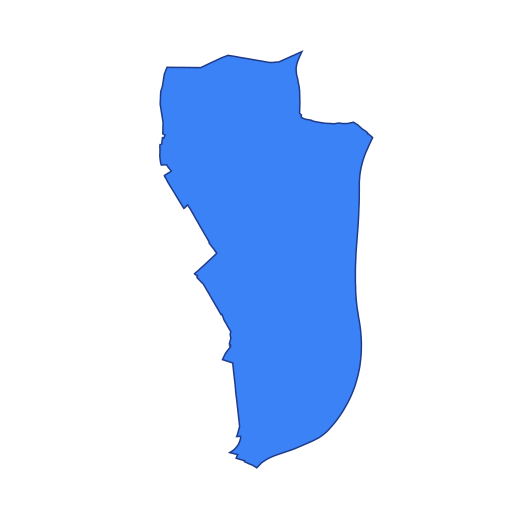 the district of Heumen, Gelderland, Netherlands, rotated 279°
{"feature_id": "6326949B5926695823703", "entity_name": "Heumen", "entity_type": "district", "adm_level": 2, "iso_a3": "NLD", "parent_name": "Netherlands", "parent_adm1": "Gelderland", "projection": "orthographic", "projection_center": [5.824, 51.781], "detail": "fine", "context": "isolated", "style": "filled", "palette": "blue", "viewbox_px": 512, "rotation_deg": 279, "n_neighbors": 0, "source": "geoboundaries", "source_scale": "gbopen_adm2", "svg_char_len": 5848}
<svg xmlns="http://www.w3.org/2000/svg" viewBox="0 0 512 512"><g transform="rotate(279 256 256)"><path d="M46.9,289.9L52.7,293.9L56.7,298.2L59.4,301.9L61.7,305.6L63.7,309.3L67.8,317.1L69.4,320.2L71.6,324.2L82.0,340.6L84.2,343.6L86.4,346.6L89.4,349.7L93.1,353.0L96.8,355.6L100.5,357.9L104.1,360.1L107.8,362.1L111.5,363.9L115.2,365.6L118.9,367.1L122.6,368.5L126.3,369.8L130.0,371.0L133.7,372.0L137.4,372.9L141.1,373.7L144.8,374.3L148.5,374.8L152.2,375.2L155.9,375.5L159.6,375.7L163.3,375.8L167.0,375.7L170.7,375.5L174.4,375.3L178.1,374.9L181.8,374.4L185.5,373.9L189.2,373.2L192.9,372.4L196.6,371.5L200.4,370.5L204.1,369.4L207.8,368.2L211.5,366.9L215.2,365.8L218.9,364.5L222.6,363.4L226.3,362.4L230.0,361.5L233.7,360.6L237.4,359.8L241.2,359.2L244.9,358.4L252.3,357.2L256.0,356.6L259.7,356.1L263.4,355.6L267.1,355.2L274.5,354.3L289.3,353.1L293.0,352.8L300.4,352.2L307.8,351.5L311.6,351.1L319.0,350.2L322.7,349.8L330.1,348.8L333.8,348.2L334.8,348.1L337.5,347.7L341.2,347.1L344.9,346.5L348.6,346.2L352.3,345.9L356.0,345.9L359.7,346.0L363.4,346.3L367.1,346.7L370.8,347.3L374.5,348.0L378.2,349.0L381.9,350.0L389.3,352.1L391.2,352.7L394.4,347.6L394.1,347.4L394.1,347.2L394.7,346.9L395.0,346.8L395.3,346.7L395.5,346.4L395.7,346.0L396.3,345.0L396.8,344.1L397.1,343.4L397.4,342.7L397.6,342.2L397.8,341.6L398.2,341.0L398.5,340.5L399.2,339.3L399.9,338.3L400.5,337.3L400.8,336.9L401.0,336.7L401.2,336.4L401.4,336.1L401.6,335.7L401.8,335.1L403.2,331.8L403.4,331.3L402.7,329.6L402.1,328.1L401.7,327.2L401.1,325.2L400.7,323.1L400.6,322.4L400.5,322.1L400.5,321.6L400.3,320.7L400.4,319.1L400.4,318.0L400.3,317.4L400.1,316.1L399.8,315.4L399.6,314.7L399.1,313.5L399.0,313.0L398.7,312.1L398.7,311.0L398.5,308.5L398.1,305.3L397.9,303.1L397.9,302.4L397.9,297.4L398.0,293.3L398.4,289.2L398.6,290.0L398.7,289.8L398.7,289.1L398.8,288.2L398.8,287.3L398.8,285.6L398.8,283.6L399.9,279.0L402.4,278.8L403.1,277.6L403.9,276.7L406.2,276.4L414.1,275.4L415.3,275.2L426.5,273.1L427.3,272.8L429.6,272.3L434.2,270.5L437.4,269.5L440.1,268.2L441.5,267.8L441.9,267.6L442.1,267.6L442.4,267.5L443.1,267.2L443.7,267.1L444.5,266.9L445.4,266.7L446.4,266.5L446.6,266.5L447.1,266.3L448.3,266.3L449.6,266.2L451.6,266.3L452.2,266.3L452.8,266.4L454.2,266.6L455.1,266.8L456.1,267.0L456.7,267.1L457.4,267.3L459.7,267.8L460.6,268.1L461.2,268.3L462.3,268.6L463.4,268.9L465.1,269.4L463.6,267.1L463.3,266.6L462.7,265.8L462.0,264.7L461.5,263.9L460.2,262.0L459.1,260.2L457.9,258.4L457.2,257.4L457.0,257.0L456.3,256.0L455.6,254.9L455.2,254.3L455.0,254.0L454.5,253.2L453.5,251.7L452.8,250.6L452.6,250.3L451.5,248.6L451.2,248.2L450.8,246.4L450.6,245.3L450.3,244.3L449.8,242.3L449.6,241.3L449.5,240.9L449.4,239.9L449.3,239.6L449.3,239.3L449.3,238.9L449.2,237.5L449.3,236.7L449.4,229.3L449.4,228.1L449.6,216.5L449.6,213.5L449.6,210.8L449.8,203.5L449.8,197.0L446.4,191.0L445.9,190.3L438.6,179.5L433.4,171.9L430.8,154.2L428.9,141.8L428.5,138.6L421.3,137.0L410.8,137.0L409.8,137.0L409.4,137.0L409.0,137.0L408.1,136.9L406.7,136.7L404.6,136.3L403.6,136.2L402.6,136.3L401.8,136.3L399.6,136.6L391.8,137.5L391.6,137.5L390.8,137.7L390.6,137.7L374.4,143.0L373.3,143.3L372.7,143.4L364.0,144.6L362.2,144.7L361.8,145.7L361.6,146.1L361.4,146.7L361.3,147.0L361.2,146.9L360.4,147.0L357.9,146.5L358.2,145.1L355.4,145.2L351.7,145.3L351.0,144.2L351.0,143.8L349.6,143.8L346.1,144.5L342.6,145.0L339.9,145.3L337.9,145.8L333.7,147.0L331.0,148.2L331.0,148.3L331.1,148.5L331.5,150.2L332.0,152.9L332.0,153.6L331.9,153.6L330.9,154.5L329.3,156.0L328.0,157.5L326.7,159.1L326.4,159.0L326.3,158.8L324.8,157.1L321.2,152.9L319.9,153.5L319.9,153.8L319.4,154.2L318.5,154.9L317.4,155.7L317.0,156.0L315.3,157.2L311.4,160.5L307.7,163.7L305.8,165.4L303.9,166.9L303.8,167.0L297.9,172.0L295.8,173.8L294.1,175.2L291.7,177.3L292.7,178.3L294.9,179.8L295.4,180.1L295.7,180.2L295.8,180.3L295.3,180.9L294.6,181.5L293.8,182.1L293.2,182.8L292.0,183.8L291.4,184.3L287.9,187.1L287.3,187.6L287.1,187.8L284.5,189.8L278.2,194.9L276.9,195.9L271.4,200.4L270.4,201.1L268.1,203.1L262.7,207.4L262.5,207.6L262.2,207.8L262.0,207.7L261.7,207.7L261.4,207.7L261.2,207.9L260.4,208.8L258.3,211.0L258.1,211.2L257.5,211.9L256.7,212.7L255.9,213.6L254.9,214.6L254.7,214.6L252.9,216.6L252.6,216.8L247.4,212.9L244.5,210.6L241.8,208.5L239.7,206.9L235.9,203.8L235.7,203.6L234.5,202.7L234.4,202.6L233.6,202.0L232.3,201.0L232.1,200.8L228.9,198.0L228.6,198.3L228.2,199.0L227.8,199.7L227.4,201.2L226.6,201.0L225.4,201.1L219.7,208.7L219.6,208.8L219.4,208.9L219.2,209.0L216.2,211.5L192.6,230.7L193.1,231.4L190.9,232.8L190.1,233.2L188.4,234.1L187.0,235.1L186.2,235.7L185.2,236.6L183.4,238.0L183.0,238.3L182.8,238.4L180.9,240.0L179.0,241.6L177.4,242.8L177.1,243.1L176.6,243.0L176.2,242.9L175.8,242.8L175.2,242.7L174.9,242.7L174.3,242.8L172.0,243.6L171.4,243.8L170.7,244.0L170.3,244.0L167.8,243.7L165.0,243.4L165.0,243.5L164.2,244.8L163.1,244.0L162.4,245.1L160.0,243.7L158.9,243.1L158.0,242.6L156.9,242.0L155.5,241.3L153.9,240.7L152.6,240.3L151.2,239.9L149.8,239.5L148.4,239.1L148.1,241.1L147.8,242.8L147.7,243.4L147.0,247.9L146.7,249.8L144.9,250.2L138.2,252.0L134.6,253.0L130.9,254.0L129.6,254.4L126.0,255.4L118.3,257.3L116.1,257.9L111.0,259.4L108.4,260.1L106.3,260.7L104.8,261.1L104.5,261.2L104.4,261.2L101.5,262.0L95.3,263.7L93.3,264.2L92.0,264.6L91.0,264.9L89.9,265.2L87.5,265.8L85.8,266.3L85.5,266.4L85.2,266.4L84.7,266.5L84.3,266.4L82.2,266.2L78.9,265.8L76.8,265.6L76.1,265.5L75.8,265.4L75.1,265.2L74.6,265.1L75.3,267.9L75.5,268.9L73.8,269.3L73.6,269.3L72.8,269.2L71.4,269.1L69.5,268.7L68.4,268.4L67.5,268.2L65.5,267.3L64.4,266.7L63.1,265.9L62.6,265.6L62.1,265.2L61.1,264.4L60.8,264.1L60.0,263.4L59.5,262.8L59.0,262.3L58.6,261.8L57.9,260.9L57.7,260.7L57.0,268.7L57.0,269.0L55.2,268.5L53.2,268.0L52.7,271.3L52.3,274.4L52.0,276.9L51.1,276.7L50.2,279.8L49.2,283.4L49.1,283.9L49.1,284.8L48.7,285.7L48.2,286.9L47.7,288.2L46.9,289.9Z" fill="#3b82f6" stroke="#1e3a8a" stroke-width="1.5"/></g></svg>